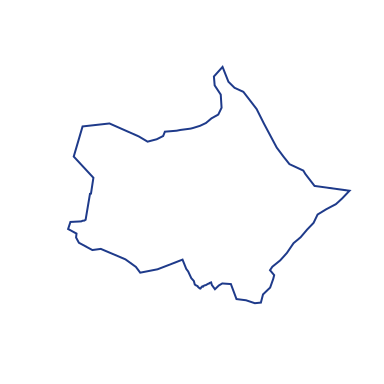 Ayedire, Osun, Nigeria (orthographic projection), rotated 222°
{"feature_id": "59680162B61434523060701", "entity_name": "Ayedire", "entity_type": "district", "adm_level": 2, "iso_a3": "NGA", "parent_name": "Nigeria", "parent_adm1": "Osun", "projection": "orthographic", "projection_center": [4.222, 7.564], "detail": "fine", "context": "isolated", "style": "outline", "palette": "blue", "viewbox_px": 384, "rotation_deg": 222, "n_neighbors": 0, "source": "geoboundaries", "source_scale": "gbopen_adm2", "svg_char_len": 1389}
<svg xmlns="http://www.w3.org/2000/svg" viewBox="0 0 384 384"><g transform="rotate(222 192 192)"><path d="M253.0,305.4L253.0,292.5L246.5,286.4L235.8,283.6L226.4,274.4L224.3,267.1L226.8,259.8L227.8,252.6L230.3,246.6L231.9,243.9L234.1,240.2L235.5,238.1L242.1,230.4L244.4,227.3L252.5,218.7L250.9,214.3L253.5,207.6L258.7,199.7L268.7,197.7L299.2,187.7L317.2,167.5L303.6,139.2L274.8,136.6L266.0,123.2L266.6,122.4L252.5,100.2L252.9,98.7L254.0,97.5L254.7,96.0L262.3,88.4L259.3,81.6L250.0,83.8L247.7,80.6L242.1,78.6L227.2,82.2L221.7,88.7L196.4,97.4L183.6,98.8L176.5,97.4L165.9,111.5L160.8,121.5L153.8,135.4L144.8,131.0L141.7,130.4L134.9,127.5L131.1,127.1L128.0,125.1L126.5,125.3L124.9,125.8L124.0,125.5L122.8,125.5L121.5,125.6L121.1,125.9L121.3,127.3L121.2,128.8L120.5,129.0L120.5,130.0L120.3,130.8L119.4,132.1L119.1,133.1L118.6,134.6L118.1,135.3L118.1,136.1L117.3,137.6L115.1,136.2L109.9,135.1L109.5,140.5L108.3,144.3L101.5,149.6L87.3,142.2L79.4,147.7L70.9,151.4L66.8,155.9L70.7,163.4L70.2,170.4L70.0,172.8L70.0,173.2L70.0,173.3L73.5,181.8L75.3,185.2L81.7,186.1L82.3,190.2L80.7,200.2L80.7,210.2L82.3,221.9L81.0,231.1L81.3,241.1L81.0,250.4L83.6,259.3L80.7,269.0L76.9,279.4L76.1,287.7L75.8,298.3L105.0,278.5L119.7,281.2L123.6,282.4L138.2,277.9L147.7,279.5L158.8,281.7L184.4,291.0L199.5,296.9L220.8,300.8L230.1,297.9L238.7,298.3L253.0,305.4Z" fill="none" stroke="#1e3a8a" stroke-width="2"/></g></svg>